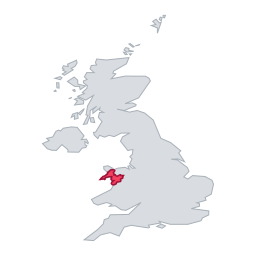 United Kingdom, with Gwynedd highlighted
{"feature_id": "GBR-2130", "entity_name": "Gwynedd", "entity_type": "Unitary Authority (wales)", "adm_level": 1, "iso_a3": "GBR", "parent_name": "United Kingdom", "parent_adm1": "", "projection": "equal_earth", "projection_center": [-4.085, 52.896], "detail": "fine", "context": "in_parent", "style": "filled", "palette": "rose", "viewbox_px": 256, "rotation_deg": 0, "n_neighbors": 0, "source": "natural_earth", "source_scale": "10m", "svg_char_len": 5483}
<svg xmlns="http://www.w3.org/2000/svg" viewBox="0 0 256 256"><path d="M141.0,202.5L126.0,210.3L121.2,209.8L115.4,205.8L109.4,206.3L111.9,204.3L106.7,202.5L97.7,205.1L93.8,203.3L91.4,199.4L110.9,189.6L113.8,184.9L112.1,183.4L111.7,176.7L101.6,179.1L108.8,171.7L117.6,168.2L125.1,167.3L129.1,169.2L127.9,166.3L129.7,165.6L132.2,168.2L135.1,168.1L129.6,163.8L132.0,159.0L129.9,156.6L132.4,154.1L132.9,149.5L127.8,150.5L120.5,141.2L122.6,136.8L129.9,133.0L121.1,133.1L114.2,136.6L109.1,135.3L104.6,137.1L99.5,135.3L97.9,138.6L94.1,135.0L93.5,132.3L95.5,132.3L102.0,121.5L98.3,117.3L99.5,112.5L103.6,112.4L99.2,110.0L100.0,107.8L92.9,113.4L92.8,109.7L96.6,106.2L90.1,110.7L90.0,115.9L87.0,123.8L83.4,124.4L88.0,115.2L86.0,115.0L87.6,105.9L93.5,95.4L85.7,100.1L77.7,96.3L84.4,93.5L82.3,92.5L86.8,88.4L87.4,85.7L83.5,82.8L83.4,81.0L87.1,79.4L84.4,76.9L86.7,72.6L94.2,72.6L90.0,68.9L91.3,65.5L96.7,65.0L95.4,62.6L96.7,59.0L106.3,60.0L129.0,57.6L126.4,63.8L113.6,71.1L112.8,73.2L115.8,73.9L111.2,78.8L125.2,76.1L145.4,76.2L148.9,78.1L150.4,80.9L138.6,97.9L125.1,103.6L132.2,102.9L136.1,104.5L135.8,105.8L124.2,110.5L117.0,109.1L129.5,112.1L137.1,110.5L144.8,113.1L153.2,120.0L160.8,138.3L170.5,142.5L180.8,150.8L178.7,152.8L184.5,161.7L177.8,158.9L171.1,159.2L177.4,159.9L187.4,167.6L189.0,171.4L183.8,176.9L187.9,179.0L192.6,175.6L205.0,176.5L211.9,180.2L213.5,184.1L211.3,194.1L205.1,197.4L206.0,200.2L196.9,202.8L199.5,203.7L199.4,206.3L191.3,208.6L208.8,210.9L208.7,214.9L202.5,217.9L201.1,220.7L187.9,224.3L170.4,224.3L159.2,221.3L160.6,223.0L148.4,225.2L149.6,227.3L148.3,227.9L131.2,225.3L124.1,227.2L119.2,236.1L110.1,232.6L100.6,234.9L93.6,240.6L84.1,239.8L97.7,229.5L103.2,224.0L104.3,219.5L108.3,218.4L110.2,214.8L128.7,214.4L141.0,202.5ZM78.8,152.2L67.9,152.0L68.0,149.8L61.9,144.6L56.4,150.4L51.5,150.2L47.3,148.7L42.5,143.6L49.2,140.6L46.6,138.4L52.8,136.9L55.9,131.4L58.6,130.1L60.6,131.0L63.3,128.2L71.4,126.9L77.2,127.4L84.1,135.9L81.3,139.6L86.4,139.1L88.3,142.6L88.0,143.8L84.9,141.5L85.1,145.1L86.8,145.4L85.9,147.5L82.1,148.2L78.8,152.2ZM77.1,63.0L74.9,66.5L71.1,68.4L73.2,69.8L64.3,75.3L62.2,74.0L66.0,71.8L62.7,70.2L64.0,69.2L62.3,68.3L63.3,65.8L68.3,66.5L67.5,64.2L76.5,60.2L77.1,63.0ZM77.7,80.2L77.8,84.1L85.6,85.9L80.2,89.6L79.5,86.4L74.6,86.4L67.4,81.5L74.2,77.0L77.7,80.2ZM156.0,19.2L159.4,22.9L161.1,22.4L157.4,33.2L157.4,27.9L151.3,25.5L155.9,24.5L152.7,21.4L156.0,19.2ZM83.5,103.9L74.5,105.0L77.5,100.9L74.5,99.3L78.1,97.7L83.8,100.9L83.5,103.9ZM108.0,165.8L112.6,168.2L107.0,172.0L103.9,169.2L103.7,166.5L108.0,165.8ZM77.5,112.5L78.1,118.2L74.4,119.3L74.5,115.6L71.3,117.4L72.6,114.1L77.5,112.5ZM129.0,48.4L128.7,50.3L133.7,51.3L127.1,52.0L124.0,50.0L125.7,47.6L129.0,48.4ZM94.7,122.6L90.9,121.9L90.2,118.0L93.4,117.5L94.7,122.6ZM165.5,225.9L162.2,228.2L156.7,226.5L161.1,224.1L165.5,225.9ZM80.1,114.9L78.4,113.3L84.3,108.6L83.1,111.0L80.1,114.9ZM60.1,76.6L62.0,77.8L60.4,79.7L54.9,78.3L60.1,76.6ZM59.1,88.1L56.9,87.8L56.6,82.7L58.9,82.9L59.1,88.1ZM161.2,21.0L159.2,19.3L160.3,17.1L162.0,17.8L161.2,21.0ZM134.2,46.7L132.8,47.2L128.9,44.0L130.2,43.6L134.2,46.7ZM127.2,54.4L125.3,54.7L123.4,52.2L125.4,52.3L127.2,54.4ZM165.4,15.4L164.6,17.8L163.1,17.5L163.1,15.4L165.4,15.4ZM139.1,45.1L135.3,45.9L139.5,44.5L139.1,45.1ZM75.3,91.2L74.2,91.4L72.7,90.1L74.6,89.5L75.3,91.2ZM131.6,53.8L130.3,55.2L129.3,53.9L131.6,53.8ZM71.0,98.1L68.6,98.8L71.7,97.3L71.0,98.1ZM56.2,91.2L54.8,91.5L54.1,91.1L55.6,90.1L56.2,91.2Z" fill="#d9dde1" stroke="#a8b0b8" stroke-width="1"/><path d="M114.4,184.7L113.9,184.6L113.0,184.8L112.6,184.9L112.3,184.7L111.5,183.9L111.3,183.5L111.4,183.0L111.7,182.4L112.0,182.0L112.3,181.8L112.5,181.5L112.5,181.4L112.8,181.3L113.5,180.9L113.7,180.7L113.2,180.7L112.9,180.9L112.6,180.9L111.3,179.7L111.0,179.2L110.9,179.0L111.0,178.8L111.3,178.7L111.5,178.6L111.4,178.2L111.3,177.9L111.2,177.7L111.2,177.4L111.3,177.2L112.4,176.6L112.2,176.6L111.9,176.6L111.7,176.7L111.4,176.5L111.0,176.7L110.5,176.8L109.5,176.6L108.3,176.9L108.0,177.1L107.6,177.2L106.4,177.2L106.1,177.4L105.7,177.6L105.1,178.1L105.2,178.3L104.8,178.6L104.8,178.9L105.0,179.2L104.8,179.3L104.6,179.4L104.5,179.5L104.3,179.4L104.1,179.2L103.7,179.1L103.4,178.9L103.2,178.9L102.8,179.0L102.7,179.1L102.2,179.2L101.2,179.2L101.0,179.3L100.7,179.5L100.2,179.5L100.4,179.3L100.4,179.2L100.5,178.9L100.7,178.6L103.1,176.4L103.4,176.3L103.7,176.3L104.1,176.2L104.4,176.1L105.8,175.3L106.1,174.8L107.3,174.3L107.4,174.0L107.5,173.6L107.5,172.7L107.6,172.4L107.8,172.4L107.9,172.5L108.1,172.5L108.2,172.2L108.9,171.5L109.1,171.4L109.4,171.3L109.7,171.1L110.0,170.5L110.4,170.2L110.9,169.9L111.4,169.8L111.9,169.8L112.1,169.8L112.3,169.9L112.6,169.8L112.9,169.6L113.3,169.6L113.5,169.5L114.8,170.5L114.4,171.5L113.9,172.1L113.4,172.5L113.4,172.9L113.6,173.3L113.9,173.6L114.0,173.8L114.0,174.2L113.9,174.5L113.8,175.0L114.0,175.0L114.4,175.0L114.8,174.8L115.1,174.8L115.3,174.7L115.5,174.8L115.5,175.2L115.9,175.7L116.6,176.1L117.2,176.3L117.5,176.0L118.4,175.7L119.0,175.3L119.2,175.1L120.4,174.7L120.6,174.8L120.6,175.3L121.0,175.6L121.9,175.5L122.3,175.6L122.8,175.4L123.5,175.5L123.3,175.8L122.6,176.3L122.7,176.7L123.0,176.7L123.0,176.8L123.0,177.0L122.7,177.2L122.7,177.9L122.6,178.3L122.3,178.5L121.7,178.5L120.8,178.8L120.7,179.0L120.5,179.6L120.8,180.0L120.9,180.8L120.4,181.5L119.3,181.7L118.7,181.9L118.3,181.9L117.6,182.1L117.0,182.0L116.4,182.7L116.5,183.0L116.3,183.6L115.7,184.1L115.0,184.3L114.8,184.6L114.4,184.7Z" fill="#f43f5e" stroke="#9f1239" stroke-width="1.5"/></svg>